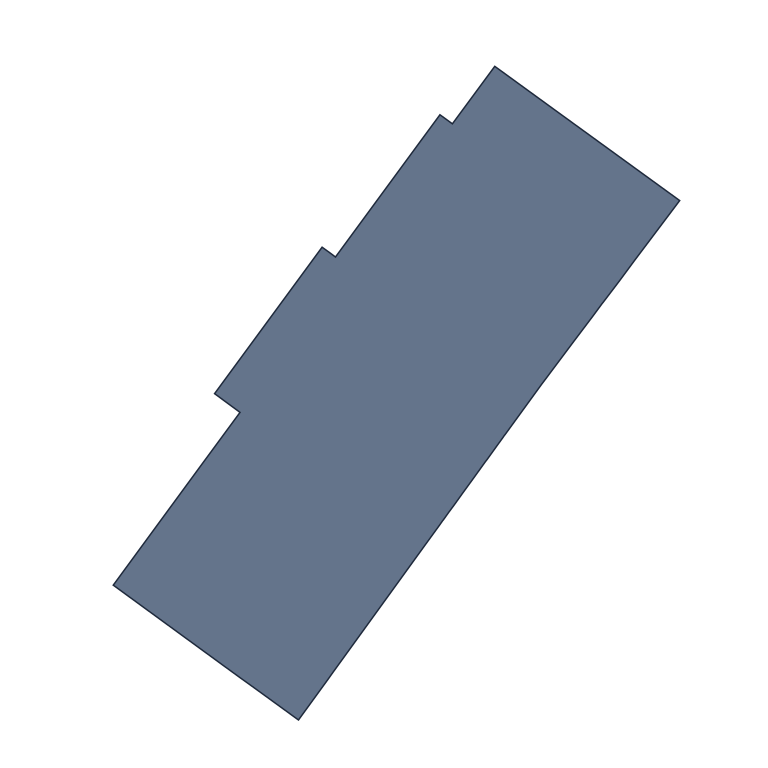 outline of Lea, New Mexico, United States of America, rotated 36°
{"feature_id": "52423323B76999377614602", "entity_name": "Lea", "entity_type": "district", "adm_level": 2, "iso_a3": "USA", "parent_name": "United States of America", "parent_adm1": "New Mexico", "projection": "albers", "projection_center": [-103.223, 32.785], "detail": "fine", "context": "isolated", "style": "filled", "palette": "slate", "viewbox_px": 768, "rotation_deg": 36, "n_neighbors": 0, "source": "geoboundaries", "source_scale": "gbopen_adm2", "svg_char_len": 886}
<svg xmlns="http://www.w3.org/2000/svg" viewBox="0 0 768 768"><g transform="rotate(36 384 384)"><path d="M515.4,61.8L359.0,61.9L286.9,61.9L286.4,133.3L271.0,133.3L270.8,167.5L270.5,228.9L270.1,309.8L265.8,309.7L253.5,309.7L252.6,491.4L284.2,491.6L283.8,561.1L283.2,705.9L421.1,706.2L437.8,706.2L440.7,706.2L441.6,706.2L459.7,706.1L503.9,706.1L504.9,706.1L512.3,706.1L512.3,670.6L512.3,655.8L512.2,646.8L511.9,492.0L511.9,465.0L511.8,459.9L511.9,459.3L511.8,450.0L511.9,441.0L511.8,426.2L511.8,422.8L511.8,415.5L511.8,408.1L511.7,387.3L511.8,384.7L511.8,384.3L511.7,366.7L511.7,366.4L511.7,357.8L511.6,354.5L511.7,354.3L511.7,350.0L511.7,345.4L511.7,337.0L511.7,312.7L511.7,310.6L511.7,296.0L511.7,291.7L511.9,280.1L511.9,278.7L512.5,238.1L513.1,206.0L513.2,190.8L513.3,189.1L513.8,166.6L513.9,160.7L514.1,136.5L515.4,61.8Z" fill="#64748b" stroke="#1e293b" stroke-width="1.5"/></g></svg>